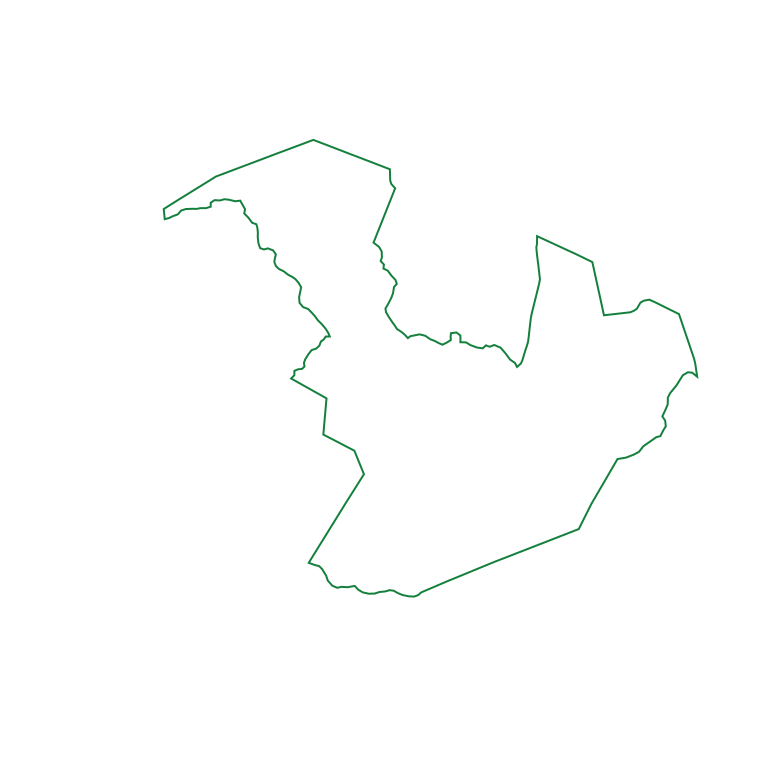 Pombal, Paraíba, Brazil (Equal Earth projection), rotated 117°
{"feature_id": "56859067B94358976501482", "entity_name": "Pombal", "entity_type": "district", "adm_level": 2, "iso_a3": "BRA", "parent_name": "Brazil", "parent_adm1": "Paraíba", "projection": "equal_earth", "projection_center": [-37.87, -6.816], "detail": "fine", "context": "isolated", "style": "outline", "palette": "green", "viewbox_px": 768, "rotation_deg": 117, "n_neighbors": 0, "source": "geoboundaries", "source_scale": "gbopen_adm2", "svg_char_len": 2878}
<svg xmlns="http://www.w3.org/2000/svg" viewBox="0 0 768 768"><g transform="rotate(117 384 384)"><path d="M182.8,314.7L189.6,311.3L193.1,310.3L197.0,307.9L203.9,303.3L207.1,301.1L219.9,292.6L224.2,291.3L246.2,286.2L254.8,284.2L258.9,283.0L265.1,280.7L278.1,275.8L281.0,274.8L285.2,274.0L290.7,273.2L295.0,272.4L299.9,271.5L303.6,271.3L308.4,273.2L305.8,276.8L305.0,282.7L301.3,290.2L298.7,296.7L299.2,303.5L302.8,306.7L303.3,310.7L307.4,312.2L309.3,317.8L310.1,324.6L309.7,329.9L312.1,334.9L309.2,336.3L306.1,338.0L305.2,342.8L308.3,347.4L311.5,346.2L314.5,344.4L318.5,346.8L322.4,349.7L322.7,353.8L322.6,358.1L323.1,363.0L322.3,369.0L323.6,374.8L326.9,379.0L329.4,382.2L332.3,383.5L330.7,387.7L329.6,392.6L329.1,397.4L326.9,401.2L325.3,404.4L322.3,409.8L319.1,414.8L316.0,417.0L312.3,416.7L308.4,416.6L303.9,416.6L298.9,417.2L293.1,419.1L288.9,418.1L286.0,421.1L284.1,426.5L281.3,432.1L281.4,436.9L277.6,438.3L276.0,442.8L272.2,443.3L267.0,446.2L264.2,450.4L262.8,457.5L204.6,462.9L202.4,468.4L199.8,470.9L196.5,472.7L193.0,474.6L190.0,476.2L198.6,557.8L227.2,584.0L257.2,611.3L275.4,627.9L312.3,650.3L328.1,659.7L336.7,654.2L333.7,650.9L330.2,648.2L326.4,644.7L321.5,643.5L318.0,639.9L314.9,634.3L312.9,630.2L310.7,627.5L308.1,622.4L304.7,618.9L301.1,620.7L297.1,618.4L294.9,613.4L291.9,610.2L290.3,606.1L288.7,599.5L285.9,595.3L288.7,591.2L291.3,587.2L295.5,585.9L297.4,580.3L300.2,574.6L299.6,570.3L302.5,567.6L306.2,565.2L310.6,563.1L315.7,559.7L319.2,556.0L318.6,552.0L315.9,549.1L315.3,543.5L317.6,539.2L321.8,538.2L325.1,537.1L328.0,533.8L329.2,529.9L329.1,524.5L330.2,518.9L330.2,514.6L330.7,510.7L332.9,505.5L335.4,501.8L339.4,500.6L345.1,499.1L350.0,496.1L352.2,491.0L351.6,485.6L353.2,480.9L355.0,476.2L357.2,472.0L359.0,466.4L361.1,461.4L363.8,456.8L366.3,453.9L368.2,457.5L371.7,457.9L374.7,459.5L379.2,459.0L383.2,460.5L386.7,463.9L392.0,464.9L397.7,465.4L401.6,464.9L404.5,462.8L407.8,463.9L409.8,467.1L412.9,469.8L416.8,467.9L421.3,469.2L422.9,428.7L456.6,415.1L456.9,380.1L469.6,365.4L473.5,360.9L505.9,363.9L577.5,369.9L576.7,363.5L575.7,359.1L577.0,355.1L579.0,351.9L580.9,348.7L584.7,344.8L587.2,338.4L586.8,333.1L584.1,329.9L581.6,324.2L577.2,318.4L579.0,313.5L579.3,308.3L577.8,302.4L574.9,297.1L571.4,293.6L568.3,288.8L565.1,285.3L563.8,281.5L564.0,276.8L563.6,271.7L562.0,265.7L559.7,260.6L556.4,257.6L552.9,256.3L531.4,238.4L492.4,204.9L424.8,144.6L396.8,144.8L361.3,142.8L344.9,141.9L339.7,134.9L333.5,129.4L328.7,126.0L321.8,124.7L307.7,117.2L305.0,114.1L298.0,114.1L293.8,113.7L289.0,116.8L286.5,121.3L279.8,121.5L273.5,121.9L267.3,124.9L262.1,124.9L252.6,122.8L240.5,121.7L235.6,118.6L234.0,114.5L235.3,108.3L225.0,115.6L220.9,119.0L187.8,152.9L188.1,179.5L188.4,185.9L191.7,190.2L194.9,192.4L198.9,192.7L202.1,192.8L205.3,194.6L208.2,197.0L222.9,219.2L180.8,253.7L181.1,271.0L182.8,314.7Z" fill="none" stroke="#15803d" stroke-width="2"/></g></svg>